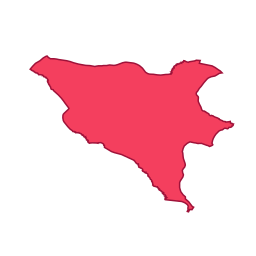 Nong Ki, Buri Ram, Thailand (Equal Earth projection), rotated 97°
{"feature_id": "78962969B963450613013", "entity_name": "Nong Ki", "entity_type": "district", "adm_level": 2, "iso_a3": "THA", "parent_name": "Thailand", "parent_adm1": "Buri Ram", "projection": "equal_earth", "projection_center": [102.596, 14.712], "detail": "fine", "context": "isolated", "style": "filled", "palette": "rose", "viewbox_px": 256, "rotation_deg": 97, "n_neighbors": 0, "source": "geoboundaries", "source_scale": "gbopen_adm2", "svg_char_len": 5651}
<svg xmlns="http://www.w3.org/2000/svg" viewBox="0 0 256 256"><g transform="rotate(97 128 128)"><path d="M61.8,41.3L60.2,43.3L59.2,45.4L57.3,49.0L56.1,52.1L55.1,65.0L54.7,64.9L53.4,64.9L52.2,64.6L52.4,68.5L53.3,70.0L54.6,74.6L55.0,75.6L55.5,76.2L55.0,78.7L54.4,79.9L54.4,80.8L55.0,80.7L55.3,81.3L55.7,81.2L56.0,81.4L56.0,82.1L56.5,82.4L56.4,83.1L57.0,82.9L56.8,83.5L57.1,83.6L57.3,84.1L57.7,84.4L57.6,84.9L57.7,85.1L58.3,85.3L58.3,86.6L58.7,86.5L58.9,87.8L59.1,87.9L59.1,87.4L59.2,87.2L59.4,87.5L59.9,87.6L59.7,88.1L60.3,88.6L60.9,89.6L61.7,90.0L62.3,89.5L62.8,89.5L62.8,90.4L62.9,90.5L63.5,90.7L63.9,91.1L64.7,90.6L64.8,90.8L64.6,91.2L65.2,91.2L65.4,91.7L66.8,91.4L67.0,91.6L67.2,92.3L67.3,92.2L67.2,91.8L67.6,91.6L67.8,91.1L68.7,91.4L68.9,92.1L69.2,91.9L69.4,92.0L69.3,92.4L69.9,94.7L70.3,97.2L71.5,101.9L71.7,105.1L71.6,109.3L71.9,113.1L71.6,115.0L70.5,117.4L66.9,120.9L65.2,123.4L64.5,124.7L63.6,127.1L63.1,129.2L62.9,130.6L62.9,137.3L63.1,139.0L63.9,141.3L66.4,146.1L67.3,148.3L67.6,149.8L67.7,154.0L68.6,156.8L69.0,160.0L69.5,161.6L69.9,164.9L70.6,167.4L71.0,168.2L70.7,173.3L71.0,177.7L70.6,184.9L69.9,189.9L69.1,193.6L68.7,197.0L68.5,205.1L68.3,207.3L68.3,209.9L68.7,213.4L67.7,215.6L66.4,217.1L66.9,218.2L68.8,220.7L72.0,223.6L75.1,227.7L78.4,230.2L81.5,232.2L81.6,231.8L82.0,231.5L82.2,230.8L82.4,230.8L82.9,229.7L83.0,228.6L83.7,228.0L83.7,227.6L84.2,227.0L84.2,226.5L84.5,226.3L84.4,225.8L84.7,224.9L84.6,224.6L84.9,224.5L84.8,224.1L86.0,223.1L85.8,222.6L85.9,222.2L85.7,221.2L85.8,220.8L85.7,220.1L86.0,219.1L86.4,219.2L86.3,218.7L86.7,218.0L87.3,217.9L87.7,215.6L88.2,215.6L88.3,214.9L89.7,213.4L90.0,213.5L90.4,213.1L91.0,213.6L91.5,213.2L91.8,213.5L92.4,213.1L92.8,213.0L93.1,212.4L94.2,212.1L94.8,211.2L95.1,211.1L95.3,211.2L96.8,209.8L97.2,209.8L98.8,209.0L99.0,208.1L99.1,206.9L100.0,206.4L103.7,201.1L106.5,197.8L109.1,195.2L111.0,193.5L115.2,189.4L115.9,189.0L116.9,189.6L121.0,193.0L122.3,193.9L123.5,194.1L125.9,193.9L128.5,193.1L129.8,192.2L134.0,187.9L136.2,185.3L137.4,183.0L138.2,182.3L138.2,181.8L138.1,181.6L138.1,181.3L138.0,180.9L138.1,180.7L138.4,180.8L138.6,180.3L138.4,179.9L138.8,179.8L139.0,179.4L138.9,179.2L139.1,179.0L138.7,178.6L138.8,178.0L138.9,177.5L138.8,177.1L138.9,176.3L138.6,176.1L139.0,175.6L139.3,173.9L139.7,173.8L140.0,172.9L140.3,172.6L140.3,172.2L140.8,172.4L140.9,171.5L141.1,171.4L141.4,170.7L142.0,170.7L142.2,170.4L142.3,169.7L142.0,169.2L142.6,169.3L143.0,169.1L143.0,168.4L143.5,168.5L144.0,168.1L144.1,167.9L144.9,167.7L145.0,167.4L144.7,167.1L145.2,166.5L145.1,166.2L145.5,165.9L146.5,166.3L146.8,166.1L147.0,165.3L147.4,165.3L147.7,164.6L147.8,164.3L147.6,164.0L147.1,161.7L146.8,158.6L146.7,156.7L146.8,155.9L146.3,155.8L145.8,153.0L146.6,150.8L146.9,150.4L148.1,149.9L148.1,149.3L150.1,149.0L153.4,141.5L154.1,138.4L155.1,131.2L159.3,118.1L159.6,118.0L159.7,117.6L161.8,115.7L161.9,115.3L162.6,114.4L162.4,113.3L162.8,113.2L163.1,113.4L163.6,113.3L163.8,113.0L164.2,113.1L165.1,112.5L165.6,112.4L165.8,111.7L165.8,111.0L166.2,110.7L166.3,109.7L167.2,108.4L167.9,108.3L168.4,108.6L168.9,108.3L168.8,108.0L169.1,107.9L169.5,107.1L169.5,106.6L170.0,106.1L170.1,105.6L169.8,105.1L170.4,105.1L170.3,104.7L170.6,104.6L170.7,103.9L171.1,103.2L171.1,102.9L172.2,102.4L172.8,102.5L173.2,102.4L173.4,102.1L173.3,101.7L173.7,101.4L173.9,101.1L174.4,100.9L174.7,100.3L176.3,99.4L176.5,98.7L177.3,98.0L178.1,98.0L178.5,97.4L178.9,97.3L178.9,97.1L180.4,96.7L180.9,96.4L181.6,96.5L181.7,96.1L182.3,95.8L182.5,95.5L182.6,94.9L182.7,94.7L182.6,93.9L182.9,93.0L183.0,92.2L182.8,91.7L183.3,91.5L183.3,91.2L183.9,90.6L184.3,90.4L184.4,89.9L184.7,89.9L184.8,90.2L185.2,89.8L185.1,89.4L185.4,89.4L185.5,89.1L185.8,89.1L185.7,88.6L186.2,88.2L186.4,87.4L186.6,87.4L186.7,87.0L187.1,86.9L187.1,86.6L187.5,86.2L187.5,85.8L187.7,85.7L187.6,85.2L188.1,84.5L189.0,84.6L189.1,85.1L189.5,84.5L189.9,84.3L189.8,83.2L190.2,83.1L190.2,82.8L190.8,82.3L191.1,82.7L191.2,82.1L191.5,82.3L191.5,82.0L191.9,81.8L192.1,82.1L192.3,81.5L192.5,82.0L192.8,81.9L192.8,81.5L192.9,81.4L193.2,81.8L193.3,82.1L193.6,82.2L193.6,82.6L193.9,82.6L194.1,82.4L194.5,82.5L194.6,82.3L194.4,65.8L194.9,63.7L195.5,62.0L196.7,59.9L197.8,58.9L198.2,58.7L200.3,58.8L201.4,58.4L203.6,59.0L203.8,57.7L201.4,56.9L201.4,55.5L201.1,55.3L201.2,54.5L198.6,53.2L198.1,54.6L193.8,58.8L191.3,62.5L190.4,62.5L189.3,62.7L187.6,65.2L184.8,67.8L182.4,68.9L180.8,69.5L176.0,70.1L174.3,69.7L170.0,67.6L168.2,67.3L167.6,67.3L165.7,68.3L163.4,68.9L161.6,68.1L159.9,67.0L157.8,66.6L156.1,67.1L151.8,69.2L149.8,69.8L146.1,70.6L144.9,71.2L141.7,70.8L139.0,70.0L136.0,67.4L134.2,64.8L134.6,60.6L134.6,58.9L134.9,56.5L134.7,56.3L134.3,53.1L135.6,47.6L135.7,46.4L136.4,44.8L135.3,42.8L134.6,41.9L134.2,41.8L132.9,42.8L129.8,42.5L127.8,42.0L125.3,41.0L123.4,40.0L120.5,37.8L119.8,37.2L119.1,36.1L118.7,35.4L118.5,34.5L118.1,33.8L117.0,32.8L116.5,32.1L116.4,30.9L116.6,29.6L116.6,28.9L116.2,28.5L115.1,27.9L114.8,26.2L114.5,25.7L114.1,25.2L113.5,25.2L113.4,24.7L112.7,24.0L112.0,24.1L111.2,23.8L111.0,25.6L110.7,25.6L110.6,26.9L109.0,27.3L109.6,28.9L110.2,31.7L109.8,32.0L109.8,34.3L109.2,35.4L108.9,36.7L108.2,38.6L107.8,38.6L107.1,40.5L106.4,43.5L105.8,44.9L105.5,45.2L105.5,46.2L105.3,46.7L105.7,47.4L105.6,48.1L105.2,48.8L104.7,49.3L104.2,49.4L103.9,49.9L103.8,50.2L103.4,51.0L103.3,51.6L103.0,52.4L102.5,52.7L102.2,53.5L102.3,53.9L101.9,54.3L102.0,54.6L101.9,55.7L101.6,56.2L101.1,56.9L98.3,58.2L95.7,60.0L93.3,61.4L92.1,61.7L89.4,61.8L88.3,62.2L86.8,64.0L85.9,64.4L85.3,64.5L84.1,64.3L83.4,63.6L79.9,62.0L77.8,60.5L73.6,58.1L69.8,55.5L68.5,54.3L67.0,51.7L65.8,48.1L63.8,45.4L62.9,44.5L62.2,42.8L61.8,41.3Z" fill="#f43f5e" stroke="#9f1239" stroke-width="1.5"/></g></svg>